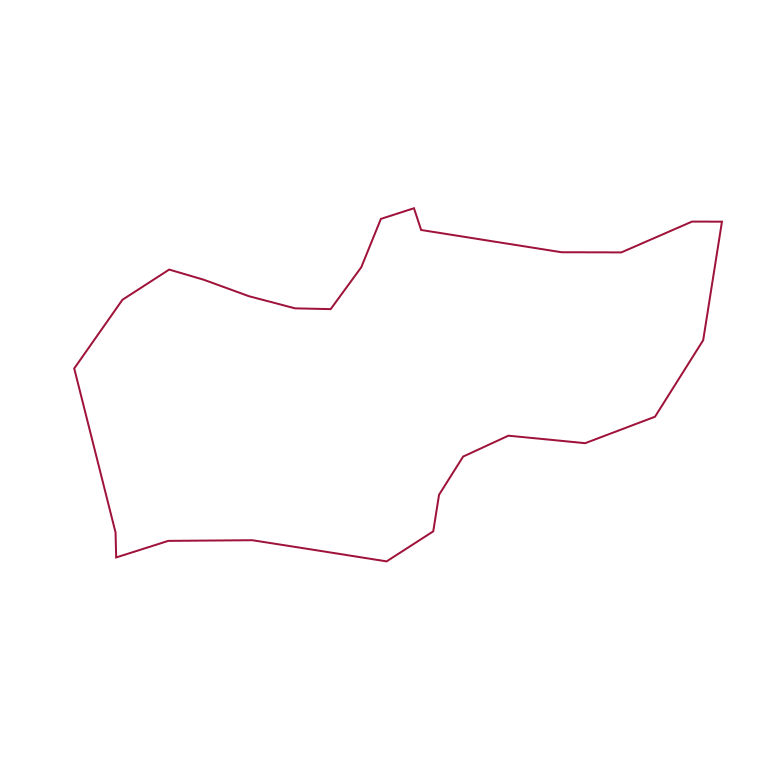 the Unitary Authority (wales) of Torfaen, rotated 99°
{"feature_id": "GBR-2134", "entity_name": "Torfaen", "entity_type": "Unitary Authority (wales)", "adm_level": 1, "iso_a3": "GBR", "parent_name": "United Kingdom", "parent_adm1": "", "projection": "natural_earth1", "projection_center": [-3.053, 51.7], "detail": "fine", "context": "isolated", "style": "outline", "palette": "rose", "viewbox_px": 768, "rotation_deg": 99, "n_neighbors": 0, "source": "natural_earth", "source_scale": "10m", "svg_char_len": 534}
<svg xmlns="http://www.w3.org/2000/svg" viewBox="0 0 768 768"><g transform="rotate(99 384 384)"><path d="M417.1,692.4L341.7,655.5L304.6,614.1L309.2,578.5L318.4,531.3L323.2,483.8L318.4,448.4L272.2,424.7L221.4,412.9L205.7,381.9L226.1,371.4L226.1,300.4L226.1,229.4L216.9,170.2L175.4,105.2L170.8,75.6L230.7,75.6L290.8,75.6L373.9,111.2L411.0,176.1L415.6,253.1L443.3,294.5L484.8,312.3L521.8,312.3L558.8,353.7L558.8,401.0L558.9,489.7L572.7,572.6L597.2,621.4L572.7,625.9L417.1,692.4Z" fill="none" stroke="#9f1239" stroke-width="2"/></g></svg>